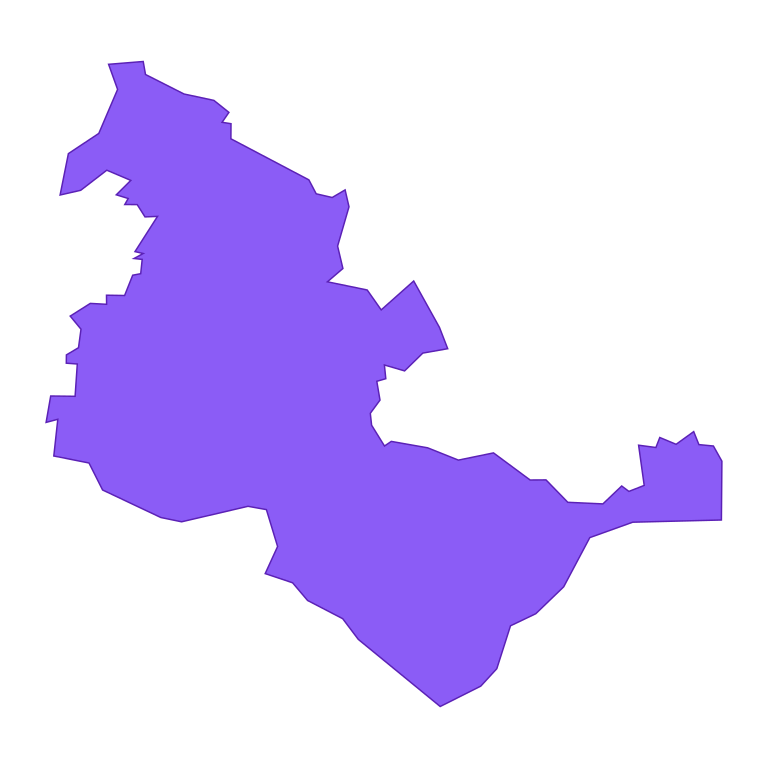 the district of Brvenitsa, Brvenica, North Macedonia
{"feature_id": "65306769B32864383387565", "entity_name": "Brvenitsa", "entity_type": "district", "adm_level": 2, "iso_a3": "MKD", "parent_name": "North Macedonia", "parent_adm1": "Brvenica", "projection": "robinson", "projection_center": [21.042, 41.888], "detail": "fine", "context": "isolated", "style": "filled", "palette": "violet", "viewbox_px": 768, "rotation_deg": 0, "n_neighbors": 0, "source": "geoboundaries", "source_scale": "gbopen_adm2", "svg_char_len": 1382}
<svg xmlns="http://www.w3.org/2000/svg" viewBox="0 0 768 768"><path d="M721.4,520.0L721.9,461.2L713.4,446.0L698.9,444.6L693.7,431.6L676.1,444.3L659.8,437.5L655.9,447.5L638.6,445.2L644.2,485.4L628.9,491.4L621.7,486.0L602.9,503.9L567.8,502.3L546.0,479.9L530.1,480.0L493.5,452.9L458.4,460.1L427.6,447.8L391.3,441.4L384.5,446.0L371.6,425.2L370.3,413.3L380.0,400.1L376.8,381.3L385.8,378.7L384.4,365.0L404.6,370.9L422.8,353.1L447.7,348.7L439.5,327.5L413.7,281.0L381.2,309.9L367.2,290.0L327.4,281.8L342.9,268.5L337.6,246.1L349.0,206.8L345.1,189.9L332.2,197.5L316.2,193.8L308.9,179.9L230.9,138.8L231.0,123.7L222.1,122.3L228.9,112.4L213.9,100.4L184.0,94.0L145.5,74.5L143.2,61.5L108.6,64.3L117.6,89.4L98.8,133.4L68.4,153.6L60.1,195.0L80.7,190.3L106.8,170.2L130.8,180.4L116.3,194.8L128.2,198.5L124.8,204.5L137.2,204.6L145.0,216.9L157.5,216.4L135.0,251.6L143.2,253.5L134.0,258.5L142.2,259.4L140.7,273.7L132.7,275.2L124.6,295.5L106.5,295.2L106.6,304.3L90.3,303.4L70.2,316.1L81.0,329.2L78.5,347.7L66.4,354.9L66.3,363.2L77.3,364.0L75.1,396.3L50.7,396.0L46.1,422.4L57.8,419.3L53.8,456.0L89.0,463.0L102.6,490.0L160.8,517.5L181.6,521.8L248.0,506.3L266.4,509.6L277.6,546.5L265.2,573.6L292.6,582.8L307.6,600.5L342.7,618.7L358.3,639.4L440.2,706.5L480.8,686.1L496.8,668.7L510.5,625.8L535.8,613.7L563.7,586.8L589.8,537.6L632.7,522.2L721.4,520.0Z" fill="#8b5cf6" stroke="#5b21b6" stroke-width="1.5"/></svg>